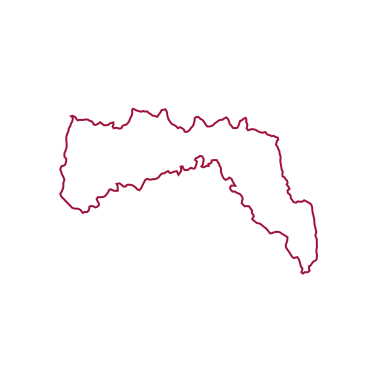 Bom Jesus do Itabapoana, Rio de Janeiro, Brazil (Robinson projection), rotated 138°
{"feature_id": "56859067B13557448343202", "entity_name": "Bom Jesus do Itabapoana", "entity_type": "district", "adm_level": 2, "iso_a3": "BRA", "parent_name": "Brazil", "parent_adm1": "Rio de Janeiro", "projection": "robinson", "projection_center": [-41.691, -21.09], "detail": "fine", "context": "isolated", "style": "outline", "palette": "rose", "viewbox_px": 384, "rotation_deg": 138, "n_neighbors": 0, "source": "geoboundaries", "source_scale": "gbopen_adm2", "svg_char_len": 5289}
<svg xmlns="http://www.w3.org/2000/svg" viewBox="0 0 384 384"><g transform="rotate(138 192 192)"><path d="M200.2,224.4L198.0,224.2L195.7,223.5L195.8,221.0L194.1,219.9L191.5,219.1L189.3,217.5L190.1,215.6L190.5,213.8L188.1,214.4L186.3,214.8L184.9,216.0L183.5,218.4L181.9,217.5L182.8,215.0L182.7,213.2L181.0,211.5L179.3,211.0L176.9,210.9L175.3,208.4L173.9,207.7L171.4,209.1L169.3,210.2L168.0,211.5L168.2,213.9L166.6,214.5L164.2,213.7L162.1,213.5L160.6,211.8L161.2,208.7L162.6,207.4L164.1,206.3L165.4,205.2L167.9,204.7L167.0,202.6L165.1,202.0L163.6,201.8L162.2,200.2L161.0,201.9L159.6,201.0L158.0,200.8L156.2,202.3L154.1,200.9L152.2,199.0L152.9,196.7L152.9,194.8L153.9,193.2L154.2,191.2L155.5,189.3L156.9,187.7L158.1,185.1L158.9,182.8L159.3,180.8L158.9,178.5L157.0,177.8L154.5,177.7L153.9,175.0L154.7,172.6L155.2,170.4L155.7,167.7L157.1,169.2L158.8,170.6L160.9,169.7L161.7,168.0L161.7,165.3L159.8,163.6L159.2,161.2L158.2,159.4L157.7,157.7L157.9,155.0L159.1,152.7L160.8,151.9L162.6,150.3L162.5,148.4L162.5,146.2L161.0,145.1L159.2,143.3L159.5,140.7L159.9,137.8L161.5,136.5L161.6,134.3L162.3,132.6L163.9,132.2L165.4,131.7L165.2,129.2L164.6,125.7L163.0,123.5L162.3,121.7L162.1,119.5L161.7,117.3L161.3,115.5L161.3,113.8L161.5,111.2L161.6,108.9L160.2,107.9L158.3,107.3L156.0,106.0L154.5,104.6L153.6,103.1L153.0,100.5L152.1,97.6L151.3,94.5L153.7,92.2L155.8,91.0L157.9,89.8L159.2,88.0L159.8,84.3L160.0,82.0L160.4,80.1L160.7,78.3L161.0,76.3L160.4,74.6L158.8,74.0L157.3,73.1L157.5,71.1L158.2,69.3L158.8,67.4L159.9,65.8L161.1,63.3L161.0,61.4L162.4,60.2L164.4,59.1L164.2,57.2L161.9,57.0L160.2,55.3L158.8,54.8L157.1,54.9L156.2,57.0L154.9,58.5L153.2,58.0L150.9,58.6L148.7,59.1L146.1,58.5L144.6,58.5L143.2,59.7L141.5,61.3L140.2,63.2L139.0,65.0L137.2,66.6L135.6,67.9L134.5,69.2L133.5,70.5L132.3,71.8L130.8,73.6L130.1,75.5L129.3,77.3L127.9,78.1L126.3,79.1L125.1,81.5L123.9,83.5L122.8,85.7L121.2,87.8L119.9,89.2L118.8,91.1L117.1,94.0L116.0,96.2L114.8,97.9L113.3,99.8L112.1,101.9L111.8,104.1L112.4,105.7L113.2,108.2L114.2,110.8L116.2,111.0L118.3,112.5L119.8,114.3L121.8,114.4L123.2,116.4L123.0,118.5L122.8,121.1L121.3,123.1L121.0,125.0L121.4,127.1L120.0,129.2L117.4,129.0L116.7,132.2L116.7,134.1L114.8,134.9L113.8,136.7L113.8,139.0L113.5,140.9L114.2,143.0L112.9,144.8L111.0,146.4L110.4,148.6L109.0,150.7L107.4,153.2L106.0,155.5L104.1,157.5L102.7,158.7L101.9,160.3L101.0,162.2L99.7,163.9L99.1,166.3L98.2,168.4L97.9,171.0L96.2,172.1L94.8,173.1L92.9,173.2L91.9,175.1L93.1,176.9L93.8,179.2L95.3,180.1L96.3,182.3L97.7,184.6L97.3,187.4L98.7,188.2L100.1,189.0L101.4,190.8L102.4,193.0L102.9,195.1L103.8,196.7L105.2,198.5L107.3,199.6L109.0,200.3L108.8,202.7L106.4,204.4L105.3,205.8L104.9,207.9L103.3,209.1L102.5,211.1L104.4,211.9L106.7,211.9L108.6,212.6L110.3,211.8L111.9,210.8L113.5,210.0L115.4,209.4L117.3,210.6L118.7,212.3L118.4,215.2L118.4,217.6L117.3,219.5L116.6,222.0L116.5,224.4L118.7,225.1L121.0,225.3L122.4,226.4L124.3,227.3L126.7,227.4L129.0,227.8L131.6,227.5L133.6,228.1L135.3,229.0L136.9,230.7L136.6,233.3L136.0,236.4L136.1,239.0L136.8,240.6L137.1,243.7L138.9,244.9L140.7,245.0L142.5,243.2L144.7,241.7L146.9,240.5L148.5,240.4L150.8,240.1L152.2,239.7L153.8,239.7L155.8,240.2L157.1,241.9L156.2,243.9L156.8,246.3L157.4,248.1L159.8,248.8L159.8,251.2L160.4,253.7L161.5,256.0L161.2,259.3L160.8,261.9L159.7,264.2L158.9,265.8L157.6,267.4L156.8,269.2L156.5,271.3L158.0,272.2L159.9,273.2L162.2,272.3L164.1,271.9L165.9,271.6L167.5,271.1L168.7,273.3L170.2,275.3L170.6,277.7L171.3,279.9L171.4,282.0L173.0,283.0L174.1,284.9L175.6,285.4L177.1,287.1L178.4,289.3L179.4,291.7L180.3,293.4L181.8,292.8L183.4,290.9L185.5,289.2L187.2,288.7L189.2,287.8L191.2,286.7L193.3,286.2L195.5,286.0L197.4,287.0L199.5,287.6L201.8,286.7L203.6,287.7L204.7,289.7L206.1,291.0L207.6,291.8L207.2,293.8L205.1,294.7L203.9,296.4L205.9,297.3L207.4,298.0L209.0,297.8L211.1,299.0L212.8,300.7L213.2,303.1L213.6,305.4L216.1,305.5L218.7,306.3L219.9,308.0L219.2,309.7L219.3,311.7L220.5,313.4L220.8,315.4L223.0,317.4L225.7,319.1L226.8,320.6L229.0,321.7L229.1,323.6L228.6,325.5L229.7,328.5L231.1,329.2L230.8,327.1L232.1,325.8L234.0,324.5L236.5,323.7L238.1,322.5L239.7,322.1L241.4,321.5L242.7,320.2L244.2,319.4L246.1,318.6L248.5,317.1L250.4,315.0L252.1,312.8L253.3,311.2L254.6,309.7L256.9,308.1L258.7,307.2L261.1,306.0L263.2,303.5L263.2,300.9L264.7,299.3L266.2,298.2L268.3,297.1L270.0,297.6L271.7,298.5L273.3,297.8L275.0,296.7L275.5,294.9L276.6,292.9L277.2,290.6L277.8,288.5L278.6,286.5L280.7,285.3L282.2,284.2L283.5,282.6L285.5,280.9L287.0,280.3L288.6,279.5L291.2,278.7L292.1,276.3L292.1,274.2L291.6,260.3L290.3,258.2L287.6,255.5L286.9,253.1L287.2,249.5L285.4,249.2L283.5,247.3L281.5,247.3L279.3,248.5L278.0,249.8L276.6,249.2L275.0,247.7L274.2,245.2L272.6,244.5L270.2,244.4L268.8,245.7L268.4,248.2L267.5,250.7L265.4,251.1L263.7,249.5L261.3,247.7L259.4,247.1L257.1,247.4L255.6,247.7L253.8,248.2L252.1,249.0L250.5,248.3L249.6,245.9L248.1,244.0L246.2,242.6L244.8,244.5L243.5,245.8L242.6,248.5L240.0,246.8L239.5,244.2L239.3,241.9L237.6,240.5L235.5,240.8L233.4,239.1L232.0,237.2L231.2,235.2L230.9,233.4L230.9,230.7L229.9,228.5L227.3,228.9L225.2,229.7L222.8,230.7L220.7,231.5L218.9,232.2L216.5,231.8L215.3,229.5L214.0,228.6L212.4,227.6L210.8,226.3L208.6,225.4L206.6,225.3L204.4,225.8L201.9,225.8L200.2,224.4Z" fill="none" stroke="#9f1239" stroke-width="2"/></g></svg>